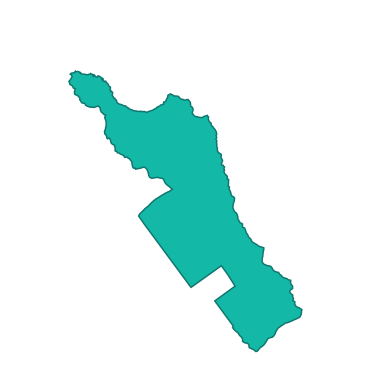 the district of Cerejeiras, Rondônia, Brazil, rotated 54°
{"feature_id": "56859067B66697352879536", "entity_name": "Cerejeiras", "entity_type": "district", "adm_level": 2, "iso_a3": "BRA", "parent_name": "Brazil", "parent_adm1": "Rondônia", "projection": "robinson", "projection_center": [-61.397, -13.184], "detail": "fine", "context": "isolated", "style": "filled", "palette": "teal", "viewbox_px": 384, "rotation_deg": 54, "n_neighbors": 0, "source": "geoboundaries", "source_scale": "gbopen_adm2", "svg_char_len": 6020}
<svg xmlns="http://www.w3.org/2000/svg" viewBox="0 0 384 384"><g transform="rotate(54 192 192)"><path d="M351.7,172.2L350.2,172.9L348.3,173.5L346.2,175.1L344.4,174.9L343.3,175.0L341.3,173.3L339.2,174.3L338.0,172.6L336.0,172.2L334.6,171.1L332.8,171.6L330.8,171.8L329.7,171.2L329.0,168.8L329.3,167.4L327.2,165.9L325.8,166.2L324.5,165.9L323.3,165.8L322.4,164.6L321.3,164.1L319.8,165.6L317.8,166.2L315.8,167.8L314.8,168.5L313.5,168.9L311.8,168.8L310.6,169.4L309.4,169.4L307.9,169.2L306.5,170.6L304.5,171.9L302.3,172.3L300.4,171.8L298.5,172.0L297.1,173.0L295.8,174.4L293.3,175.9L292.3,176.3L289.9,176.4L286.9,174.1L285.9,172.8L282.8,170.1L280.6,167.6L279.3,166.7L275.9,169.3L274.7,170.0L273.3,170.3L270.6,171.4L269.1,172.2L267.8,172.5L266.6,172.6L265.1,172.2L263.8,172.2L263.0,172.5L261.5,172.7L260.1,172.2L258.5,172.0L257.1,172.1L255.5,171.6L253.5,170.9L251.8,170.7L250.5,171.7L249.4,171.4L247.8,170.0L246.7,170.1L245.5,171.2L242.1,170.8L241.0,170.7L240.2,170.5L238.8,169.4L237.9,169.2L236.5,168.6L234.9,168.6L233.2,169.0L231.5,168.9L228.4,168.0L225.9,165.6L224.1,163.1L222.7,161.8L221.7,161.1L220.5,161.2L218.7,162.0L217.0,161.9L215.5,161.1L213.9,160.6L211.8,160.4L209.8,158.8L208.4,159.2L206.8,157.6L205.2,156.6L204.2,155.6L203.4,155.0L202.0,155.9L200.8,154.6L199.8,154.2L198.3,154.4L197.0,154.8L195.7,154.6L194.0,154.0L193.4,152.8L191.8,152.5L190.8,150.9L189.6,151.4L188.7,151.1L187.7,152.1L186.2,151.5L185.7,150.6L185.2,149.4L184.5,148.8L181.0,148.2L180.3,147.4L179.0,146.3L177.7,146.5L176.4,147.2L175.3,147.5L174.4,147.2L173.4,147.3L172.8,146.6L171.8,146.1L171.1,145.5L169.8,145.2L168.8,144.7L168.0,143.8L166.5,143.3L165.6,142.1L164.7,141.8L163.6,141.7L162.4,140.0L160.5,139.3L159.9,138.1L157.8,137.1L155.7,136.7L153.8,136.7L152.3,137.0L151.4,136.7L150.3,137.0L148.7,137.0L147.6,136.1L145.9,136.5L145.0,136.7L142.5,135.9L140.9,134.5L140.0,134.8L139.0,134.6L138.4,136.5L137.9,137.7L137.8,138.8L138.0,139.7L137.3,140.7L135.4,142.7L134.0,143.6L133.1,144.7L132.2,145.3L131.2,145.5L130.3,145.3L128.9,145.7L128.1,145.2L127.2,144.3L126.4,143.0L125.3,142.3L123.3,142.0L122.1,142.6L121.0,142.3L120.2,141.5L118.2,140.7L117.3,140.6L115.0,140.8L114.2,141.8L114.0,143.0L113.4,144.0L111.8,144.8L111.3,145.7L108.6,146.8L107.7,146.7L106.5,146.9L105.4,148.0L104.4,149.3L103.6,150.1L102.7,150.5L101.8,150.8L101.0,151.3L99.9,151.8L99.9,153.0L99.6,154.6L100.8,155.7L101.4,156.4L101.9,158.0L102.6,159.0L103.1,160.1L103.2,161.1L102.6,162.0L103.3,162.8L104.2,163.1L103.7,165.2L103.2,166.3L103.4,167.8L103.2,169.1L102.8,170.2L103.2,171.8L102.9,172.9L102.8,175.0L102.5,176.3L101.8,178.6L101.3,179.9L101.1,181.6L100.4,182.3L99.1,183.0L97.3,185.5L96.4,186.1L95.9,187.4L94.6,188.7L93.9,189.3L92.6,190.8L91.7,191.6L90.1,192.3L89.2,193.2L88.4,193.7L86.9,194.0L85.8,194.6L84.3,195.0L83.2,195.2L82.2,196.4L81.3,197.0L80.3,197.4L79.2,198.2L78.1,199.2L77.1,199.7L76.0,200.0L74.8,199.9L73.6,199.3L72.6,199.3L71.9,199.7L70.9,199.3L69.8,200.2L68.8,199.8L67.2,199.8L66.1,198.9L64.9,197.7L63.6,197.9L62.8,198.8L62.2,198.0L61.3,198.2L60.1,197.0L59.0,196.3L58.1,196.9L56.7,196.9L55.2,196.5L53.8,196.7L52.5,196.9L51.7,196.7L51.8,197.6L50.8,197.7L49.9,198.8L48.3,197.4L47.4,197.6L47.9,198.7L46.0,198.2L44.6,198.7L43.6,199.0L42.8,199.9L43.3,200.7L42.8,201.7L41.6,202.2L40.3,202.2L40.6,203.7L39.8,203.9L39.1,202.8L37.5,204.1L36.6,204.3L37.0,205.2L36.2,205.9L35.9,207.3L35.3,208.2L33.9,209.3L32.8,210.6L32.3,211.4L31.5,211.9L30.5,212.6L29.9,211.9L29.1,212.6L28.1,212.9L27.3,213.7L26.6,215.0L25.7,215.2L26.1,216.5L26.0,217.8L24.9,219.8L25.1,221.3L26.2,220.8L28.0,221.0L28.7,222.1L29.2,223.5L29.9,224.8L30.2,226.6L32.0,226.9L33.4,227.6L34.7,226.7L35.9,226.5L37.1,226.6L38.2,226.9L39.7,225.6L40.6,226.8L41.9,228.2L43.6,229.4L44.6,229.2L45.6,228.5L47.1,227.8L48.5,227.7L49.8,227.6L50.6,227.8L51.4,228.6L52.7,228.5L54.8,228.8L56.3,227.8L57.2,226.7L59.4,227.0L61.0,226.4L61.7,225.6L62.7,225.2L63.8,224.2L64.4,223.2L66.1,221.4L66.9,218.4L67.7,217.0L68.9,217.1L69.8,216.8L71.4,217.7L73.0,218.1L73.8,218.4L74.8,218.2L75.6,217.8L77.1,217.8L77.8,217.5L78.9,216.6L80.3,218.7L81.5,219.2L83.4,219.7L84.5,220.0L86.6,221.5L88.3,222.9L89.0,223.9L89.9,224.7L90.6,225.6L91.6,227.3L92.5,227.3L93.0,228.1L93.8,228.4L95.0,228.0L96.0,228.3L97.0,228.4L98.0,229.1L99.3,229.1L99.5,228.2L100.0,227.1L102.0,227.4L103.2,228.1L105.4,228.6L106.5,228.3L107.8,227.6L108.5,227.1L109.6,227.9L111.3,228.2L112.6,229.4L113.7,230.0L114.9,229.2L115.7,229.0L116.5,229.3L117.7,228.0L118.9,227.8L120.0,227.1L120.7,226.7L122.8,225.7L123.8,226.2L124.7,225.8L125.2,224.6L126.0,223.7L127.2,223.8L128.3,223.1L129.2,223.1L130.2,223.0L131.5,222.9L132.7,223.1L133.9,224.0L135.2,224.5L136.4,225.1L137.7,225.4L138.8,224.9L139.2,223.9L140.4,224.2L141.1,222.7L141.5,221.6L142.6,219.3L143.0,218.1L143.1,217.0L144.1,215.9L145.2,215.5L146.6,215.2L147.8,215.3L149.1,215.5L151.8,216.6L152.7,217.0L153.5,217.3L154.4,217.5L155.4,217.5L156.7,216.9L157.7,215.7L158.6,213.7L159.7,211.7L160.2,211.0L161.3,210.2L162.2,209.4L162.9,208.5L163.9,207.9L165.1,207.5L166.8,208.0L167.7,208.2L169.4,208.4L172.3,207.9L174.5,207.2L176.2,206.8L177.3,206.4L178.2,206.2L178.1,208.0L178.3,209.4L177.4,213.4L177.2,216.1L176.9,218.4L176.5,225.5L176.5,227.8L176.7,230.2L176.9,231.6L177.5,234.4L177.7,235.9L177.8,239.7L178.5,243.2L178.7,245.0L178.9,246.6L179.4,248.0L180.1,249.3L189.4,249.5L266.9,248.9L268.6,248.8L268.9,211.6L279.5,211.6L293.5,212.5L293.5,237.6L324.9,237.4L325.4,238.8L327.3,238.9L330.4,238.4L331.6,238.0L333.1,237.5L335.1,237.8L336.5,237.7L337.6,237.5L338.7,237.3L340.7,237.6L341.5,238.0L342.4,238.8L344.0,238.5L345.6,237.5L346.6,236.4L347.6,235.9L349.1,235.8L350.5,236.7L351.7,237.2L353.0,236.3L354.1,235.9L355.0,235.2L356.2,234.7L358.6,234.1L359.1,233.0L359.0,231.8L358.1,229.1L358.0,224.3L357.8,223.2L357.5,222.2L356.7,220.0L355.4,217.3L355.4,215.6L356.6,212.6L356.6,211.0L356.2,209.6L355.5,208.0L354.2,206.1L352.9,203.0L352.7,201.7L352.9,194.0L353.2,192.7L353.7,191.9L354.2,190.4L356.2,180.9L356.5,179.1L356.5,178.1L355.3,175.8L354.2,174.6L352.5,173.2L351.7,172.2Z" fill="#14b8a6" stroke="#0f766e" stroke-width="1.5"/></g></svg>